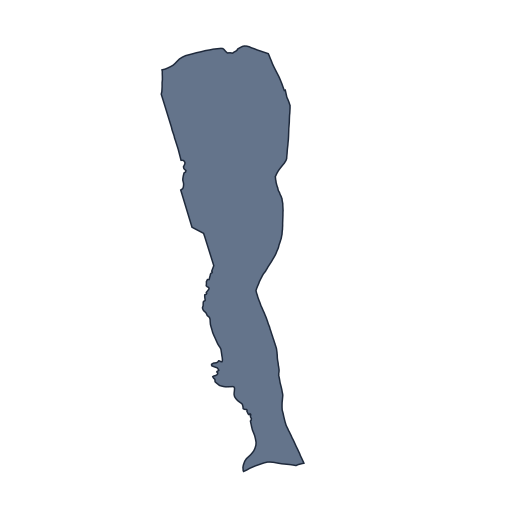 the district of Leuk Daek, Kândal, Cambodia, rotated 343°
{"feature_id": "14789045B16500497794809", "entity_name": "Leuk Daek", "entity_type": "district", "adm_level": 2, "iso_a3": "KHM", "parent_name": "Cambodia", "parent_adm1": "Kândal", "projection": "albers", "projection_center": [105.189, 11.12], "detail": "fine", "context": "isolated", "style": "filled", "palette": "slate", "viewbox_px": 512, "rotation_deg": 343, "n_neighbors": 0, "source": "geoboundaries", "source_scale": "gbopen_adm2", "svg_char_len": 6103}
<svg xmlns="http://www.w3.org/2000/svg" viewBox="0 0 512 512"><g transform="rotate(343 256 256)"><path d="M220.5,50.5L220.3,52.3L219.7,54.1L218.9,57.1L218.0,60.1L216.9,62.7L215.7,66.7L214.6,69.7L214.0,71.3L212.7,73.5L212.8,108.1L212.6,111.2L212.7,114.3L212.8,117.2L212.6,119.4L212.7,121.7L212.8,131.1L212.3,142.6L214.2,143.2L215.0,144.2L215.4,145.8L215.0,146.9L214.3,147.8L212.7,149.5L212.6,151.2L213.0,152.3L214.0,153.7L213.2,155.1L211.5,155.5L209.9,158.1L208.8,160.3L208.2,161.9L208.1,163.1L208.0,165.0L207.8,166.1L207.2,167.7L206.5,169.1L205.5,170.2L203.9,170.7L203.3,170.9L203.2,209.8L212.5,219.0L212.6,222.4L212.8,252.9L209.2,257.6L209.5,258.6L209.1,259.1L207.9,259.4L207.1,260.1L206.5,261.3L205.6,262.6L204.8,264.0L204.3,264.8L202.7,264.3L201.0,266.1L200.7,267.4L200.1,269.0L199.7,269.9L200.4,271.2L201.1,271.8L201.7,273.0L201.3,273.8L199.9,274.9L197.8,276.3L197.9,277.4L197.3,278.0L195.7,278.1L195.3,279.0L194.9,280.8L194.7,282.1L194.5,283.4L193.8,283.9L192.8,284.0L192.1,284.6L191.4,286.6L190.9,288.1L189.6,289.9L189.6,291.3L189.8,292.5L190.1,293.3L190.9,294.6L191.5,295.7L191.8,297.2L191.9,298.4L192.1,299.0L192.9,300.0L193.4,301.0L193.6,301.9L193.5,303.5L193.0,305.4L192.4,308.1L192.3,310.4L192.3,312.9L192.2,316.7L192.5,319.7L192.9,322.5L193.3,325.8L193.7,328.9L194.2,330.9L194.9,333.0L195.2,334.9L194.9,337.0L194.6,339.0L194.2,341.5L194.1,342.7L193.9,343.7L193.7,344.9L193.1,346.6L192.5,347.2L191.7,346.9L191.2,346.5L190.5,345.7L189.6,345.3L188.9,345.9L188.2,346.3L186.8,346.5L185.7,346.3L184.0,346.0L182.7,346.3L181.9,346.5L181.6,347.2L181.7,348.2L183.5,349.6L184.4,350.3L186.2,351.6L186.5,352.4L186.9,353.6L187.0,354.4L186.0,354.8L185.0,355.0L184.6,355.4L185.2,356.3L184.9,357.5L183.8,358.2L182.2,358.5L180.7,358.4L179.4,358.7L179.5,359.7L179.9,360.7L180.6,361.9L180.3,363.5L180.1,364.3L181.1,366.0L182.0,367.3L183.2,369.1L185.2,370.4L187.1,371.5L188.9,372.3L191.8,373.1L193.7,373.6L195.7,374.1L196.5,374.7L196.8,375.3L196.8,376.1L196.7,376.6L195.9,378.6L195.0,380.7L194.5,382.3L194.4,384.3L195.0,386.4L195.7,388.0L196.6,389.6L197.9,391.3L199.2,393.0L199.6,394.2L199.5,395.5L199.5,396.7L199.1,397.6L199.2,398.4L200.1,399.2L200.9,399.6L202.0,400.0L202.4,400.9L201.9,401.9L202.1,402.9L202.3,404.6L202.8,405.6L203.2,405.8L204.1,405.1L204.6,405.8L204.5,406.4L203.9,407.5L203.7,408.3L203.9,409.4L204.1,410.1L203.7,410.7L203.4,411.6L202.4,412.2L202.3,413.2L202.1,415.7L201.9,417.8L201.7,421.4L202.0,424.6L202.2,427.6L202.0,430.7L201.6,434.2L200.6,436.9L198.7,439.7L196.9,441.7L195.1,443.0L192.8,444.5L190.1,445.8L187.6,447.0L185.3,448.9L184.2,450.3L182.8,452.2L181.7,454.3L181.3,456.2L181.0,457.4L181.1,458.4L182.8,458.2L184.9,457.9L187.8,457.2L190.5,456.9L194.2,456.5L197.4,456.4L199.7,456.3L203.3,456.2L206.6,456.4L209.1,457.1L212.6,458.5L216.6,460.6L219.8,462.2L223.7,463.8L228.0,465.6L230.5,466.8L233.0,468.1L235.3,467.8L239.6,468.0L241.2,468.2L241.2,467.4L240.9,465.5L240.5,462.6L240.1,460.1L239.9,457.3L239.6,455.5L239.3,453.1L238.7,449.6L238.3,446.3L237.8,442.7L237.3,440.2L237.1,438.1L236.7,435.8L236.4,433.7L236.1,432.5L235.9,430.5L235.5,428.2L235.3,426.7L235.3,424.7L235.3,423.1L235.4,421.1L235.6,417.6L235.9,414.5L236.0,411.0L236.6,408.5L237.3,406.2L238.1,403.8L239.0,401.7L240.1,399.0L240.8,397.3L241.1,396.0L241.3,393.8L241.6,391.4L241.8,388.6L242.0,384.1L242.5,380.4L242.7,378.1L242.8,376.5L243.2,375.9L243.4,374.9L243.9,374.0L244.1,373.5L244.4,372.8L244.7,371.9L244.9,371.0L245.0,370.2L245.3,368.3L245.4,367.0L245.7,365.7L245.9,364.5L246.0,363.5L246.2,361.9L246.4,360.8L246.6,359.7L247.0,358.2L247.4,356.7L247.6,355.5L247.9,354.3L248.1,352.9L248.3,351.8L248.5,350.3L248.5,349.2L248.5,347.6L248.4,346.4L248.5,345.5L248.4,344.4L248.4,341.4L248.3,340.0L248.3,337.5L248.2,334.5L248.2,332.2L248.1,329.9L248.2,327.7L247.9,324.6L247.9,322.5L247.8,319.9L247.7,317.8L247.4,315.0L247.2,312.5L246.9,310.6L246.6,307.6L246.2,305.0L246.1,301.7L245.9,299.5L245.8,297.6L245.7,295.6L245.8,293.9L245.7,291.8L245.8,290.0L245.9,289.0L246.7,287.9L247.2,287.1L247.9,286.3L248.9,285.0L249.5,284.4L250.6,283.0L251.0,282.6L251.4,281.9L252.1,281.1L252.8,280.4L253.5,279.6L254.2,278.9L255.0,278.1L255.6,277.5L256.3,276.7L257.1,276.0L257.8,275.3L258.7,274.7L259.7,274.0L260.5,273.5L261.5,272.5L263.0,271.2L264.3,269.9L266.1,268.4L267.4,267.3L269.2,265.8L271.0,264.1L272.7,262.6L274.5,260.9L275.9,259.4L277.2,257.7L278.7,256.0L279.9,254.5L281.5,251.8L282.2,250.9L283.3,249.4L284.0,248.3L285.1,246.8L285.7,245.7L286.4,244.3L287.2,242.9L287.8,241.3L288.4,239.8L289.1,238.3L289.7,236.5L290.2,235.2L290.5,234.3L290.9,232.9L291.3,231.7L291.8,230.3L292.2,229.1L292.8,227.4L293.1,226.5L293.6,225.1L294.1,223.5L294.5,222.2L295.2,220.3L295.6,218.7L295.8,217.9L296.1,216.7L296.4,215.5L296.9,213.8L297.1,212.0L297.3,210.2L297.6,209.0L297.5,208.0L297.5,206.8L297.3,205.4L297.1,204.6L297.0,203.2L297.0,202.1L296.6,200.6L296.5,199.4L296.6,198.2L296.7,197.2L296.6,196.0L296.6,194.9L296.6,193.6L296.7,192.5L296.7,191.5L297.0,190.2L297.1,188.7L297.3,187.8L297.6,186.3L297.6,185.8L298.4,185.0L299.7,183.5L300.6,182.6L302.3,181.0L304.4,179.4L307.9,177.0L310.2,175.5L312.6,173.4L313.8,171.8L314.5,169.9L315.7,167.0L317.2,163.1L318.9,159.2L319.8,156.9L321.0,154.1L322.1,151.1L323.2,147.9L324.0,145.6L324.7,143.5L325.5,141.5L327.0,137.7L328.1,134.4L329.2,131.3L330.1,129.2L331.0,126.7L331.8,124.5L332.6,121.9L332.5,121.2L332.5,120.3L332.5,118.9L332.3,116.2L332.0,113.9L331.9,113.1L332.1,111.0L332.5,105.9L331.5,106.0L331.3,103.8L331.1,99.0L330.7,94.4L330.3,91.0L329.6,87.2L329.0,83.9L328.4,80.4L327.9,76.9L327.7,73.8L327.4,71.2L327.2,68.4L326.9,66.1L324.4,64.3L322.0,62.6L319.8,61.0L317.5,59.4L315.1,57.4L312.3,55.4L310.8,54.0L308.5,52.6L306.3,51.8L304.6,51.6L302.6,51.9L300.6,52.3L299.0,52.7L297.8,53.8L297.1,54.0L296.6,54.2L295.6,54.4L294.5,54.6L292.9,55.2L292.1,54.8L291.2,54.3L289.6,53.8L288.0,53.5L287.4,52.5L286.7,51.3L285.8,49.2L284.9,47.9L283.2,47.2L280.2,46.6L275.6,45.7L272.0,45.4L267.8,44.8L262.8,44.6L258.6,44.2L254.3,44.1L251.7,44.0L247.3,43.8L243.8,44.3L240.4,45.2L237.2,46.9L234.7,48.3L232.5,49.3L229.9,49.9L226.6,50.4L223.8,50.7L222.0,50.6L220.5,50.5Z" fill="#64748b" stroke="#1e293b" stroke-width="1.5"/></g></svg>